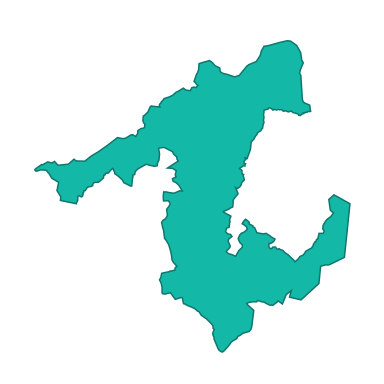 outline of Tafawa-Balewa, Bauchi, Nigeria, rotated 274°
{"feature_id": "59680162B48786148420785", "entity_name": "Tafawa-Balewa", "entity_type": "district", "adm_level": 2, "iso_a3": "NGA", "parent_name": "Nigeria", "parent_adm1": "Bauchi", "projection": "robinson", "projection_center": [9.578, 9.844], "detail": "fine", "context": "isolated", "style": "filled", "palette": "teal", "viewbox_px": 384, "rotation_deg": 274, "n_neighbors": 0, "source": "geoboundaries", "source_scale": "gbopen_adm2", "svg_char_len": 6045}
<svg xmlns="http://www.w3.org/2000/svg" viewBox="0 0 384 384"><g transform="rotate(274 192 192)"><path d="M285.6,163.4L283.2,157.6L281.2,156.4L279.7,155.1L278.1,154.4L277.3,153.5L275.6,153.4L274.6,154.0L274.8,146.5L275.1,145.8L274.2,144.4L268.7,142.4L265.1,139.2L264.4,138.1L259.8,138.0L257.4,139.1L256.6,140.2L253.0,140.1L252.3,139.1L251.7,136.7L249.5,133.7L247.1,133.7L245.7,133.4L244.5,132.4L243.4,132.0L244.9,129.1L244.9,127.5L241.1,122.1L240.8,121.0L240.4,119.3L241.1,113.9L232.4,104.1L225.7,95.9L220.9,89.0L215.3,83.0L214.9,74.2L216.5,72.0L211.5,67.1L211.1,66.5L209.3,56.5L212.9,52.7L211.1,50.2L212.0,46.1L208.7,40.9L208.9,40.1L204.2,34.3L203.2,33.6L202.4,34.3L201.9,35.0L202.1,36.2L203.5,39.4L203.6,44.0L203.4,45.3L201.3,47.0L201.3,47.5L195.9,51.2L192.4,58.3L184.0,57.2L177.9,61.5L174.4,61.3L172.2,77.5L173.1,77.5L175.6,78.6L179.0,78.4L179.9,78.8L180.5,79.6L179.7,81.0L179.4,82.1L180.0,83.0L182.3,83.6L183.4,83.2L184.2,84.0L185.7,84.0L185.9,85.4L189.0,87.1L189.9,88.2L190.3,90.5L191.5,92.6L192.8,92.4L194.0,93.2L194.8,94.2L195.0,95.6L195.1,97.9L199.7,102.7L202.6,102.8L202.8,103.9L204.4,104.5L204.9,105.0L204.8,106.7L205.3,107.5L207.6,108.9L208.8,110.1L210.1,111.1L209.8,111.7L207.7,112.6L206.4,113.5L204.9,113.6L203.4,116.2L202.3,117.8L199.0,121.8L196.6,123.2L193.6,130.4L193.8,131.5L201.9,131.7L202.6,132.1L204.8,131.8L205.4,133.6L208.5,134.0L211.4,136.6L216.5,144.4L215.7,147.8L215.0,152.7L215.8,155.5L218.6,155.6L221.4,156.8L227.6,157.0L233.3,155.6L234.5,160.5L234.1,162.2L230.7,170.0L228.8,170.7L226.0,174.3L223.5,174.8L222.0,176.2L214.2,165.9L214.2,171.2L212.1,174.8L208.1,174.1L206.4,174.7L205.9,175.1L203.9,171.5L201.4,172.4L200.4,174.8L200.4,175.2L197.7,178.5L192.3,182.2L192.3,179.5L189.6,174.3L189.7,170.3L190.3,166.1L190.1,163.7L185.6,163.6L181.1,164.2L181.6,169.1L179.1,171.0L178.8,171.1L176.1,170.0L173.0,167.9L166.8,169.1L163.3,167.3L161.6,164.9L159.3,163.8L153.8,165.5L151.8,166.3L143.6,167.9L142.8,169.0L137.9,172.4L133.7,174.0L130.8,175.0L127.1,176.0L122.9,176.8L120.3,178.5L116.9,182.1L115.4,180.7L114.7,180.4L112.8,180.4L111.3,175.0L110.8,174.5L110.2,172.1L108.8,167.4L104.6,166.9L102.1,165.7L99.1,167.5L94.7,168.8L89.1,169.2L88.3,170.2L88.3,172.3L90.0,177.5L83.7,182.8L86.0,188.3L85.8,189.7L80.0,191.3L79.7,193.0L78.4,195.5L77.7,198.0L75.8,203.0L73.7,205.6L73.1,207.3L69.6,209.9L66.4,215.4L61.7,220.7L60.0,222.3L57.5,222.5L56.5,223.7L52.5,222.5L50.3,223.1L48.5,224.2L47.0,224.2L37.8,228.8L36.4,229.7L35.1,231.4L34.4,233.1L35.1,234.5L38.2,237.0L41.2,239.3L44.9,241.6L46.4,243.2L47.9,245.6L48.7,246.5L49.8,247.4L51.1,247.6L52.3,249.9L53.9,251.8L54.5,252.1L56.9,258.9L59.2,260.4L61.9,261.0L78.2,261.9L83.2,255.5L84.7,254.4L85.9,256.8L86.8,260.9L86.9,264.2L88.4,264.9L87.2,269.9L87.2,271.5L85.9,274.1L84.6,277.4L84.7,280.7L88.7,285.2L89.4,285.5L86.6,290.0L96.2,293.1L100.6,297.9L93.9,296.6L92.0,308.3L109.6,325.0L126.9,325.5L128.6,330.3L128.7,332.8L129.2,334.4L137.4,348.6L191.3,350.4L199.1,333.8L194.1,329.0L183.6,331.2L180.8,334.6L177.0,332.0L173.9,328.4L170.1,326.1L167.8,325.1L164.3,325.0L162.0,326.6L160.2,326.0L159.9,325.6L159.6,321.6L153.8,320.7L153.5,319.7L151.1,318.8L150.8,318.1L148.1,316.7L146.9,316.7L145.9,315.8L144.8,315.6L141.0,309.8L136.9,307.4L135.2,304.2L132.5,302.5L129.6,299.7L130.9,298.5L136.0,292.4L138.1,288.8L139.5,287.3L140.0,287.0L140.9,283.7L141.5,283.0L140.8,280.8L141.6,280.0L142.9,279.3L142.7,276.4L141.7,275.9L140.8,274.5L142.0,272.7L146.0,272.3L146.2,273.9L146.8,275.1L148.3,276.9L150.8,278.1L152.7,274.1L153.7,273.0L155.4,269.7L155.9,269.0L155.2,265.7L155.9,259.4L156.8,259.1L160.7,257.0L161.8,254.9L162.6,254.9L164.1,251.4L166.1,251.0L168.6,247.4L166.2,245.4L163.8,244.3L163.1,245.9L161.0,248.9L158.6,249.7L156.1,247.3L154.6,245.0L154.5,244.3L152.6,242.7L148.7,241.3L146.5,242.3L144.7,243.5L142.7,245.9L140.2,245.9L136.7,242.7L130.9,240.0L132.4,236.1L133.0,232.7L134.7,230.4L135.0,230.3L139.2,233.6L141.1,233.9L143.0,232.7L143.5,232.6L145.5,231.4L147.7,231.9L148.3,232.8L150.4,235.0L152.3,233.5L152.7,230.9L153.6,229.4L154.8,228.3L158.1,228.9L158.7,229.6L159.3,231.4L160.9,231.6L162.9,231.6L165.5,232.0L166.5,231.3L170.6,232.5L174.2,224.6L174.4,224.6L174.9,224.9L177.6,230.2L178.6,231.2L179.9,233.7L184.6,233.8L185.1,233.5L187.8,234.1L193.5,238.1L199.4,235.2L198.5,236.8L200.2,239.1L201.7,240.2L205.1,241.1L206.2,241.8L206.7,242.8L207.9,243.4L211.6,242.0L213.1,242.3L213.4,240.8L214.9,240.5L216.9,240.4L217.6,239.6L218.5,237.7L219.2,238.1L220.4,240.0L221.7,241.1L221.6,243.0L222.9,243.0L223.9,243.5L224.4,242.0L225.9,241.7L227.1,242.2L228.1,243.5L229.1,243.1L230.1,241.9L229.3,244.7L238.4,247.3L246.0,247.6L249.5,250.3L251.8,251.2L253.9,252.8L255.3,253.1L257.0,255.0L257.8,256.3L259.6,257.1L260.3,257.9L263.7,258.2L266.5,259.0L267.7,258.5L269.5,258.4L271.4,258.6L274.6,257.9L275.7,258.2L278.6,258.1L280.1,262.1L280.4,262.4L281.0,262.4L281.4,263.0L281.3,263.8L280.4,266.1L279.8,266.3L279.4,267.0L279.4,267.3L280.0,267.8L280.0,268.9L279.7,270.7L280.4,272.7L280.1,273.4L280.4,275.2L280.2,275.9L279.3,277.0L279.0,277.7L279.1,278.4L279.5,278.8L279.5,279.8L278.7,282.1L278.7,282.7L278.9,283.7L279.6,284.6L279.7,285.1L279.1,286.3L278.6,286.6L278.1,287.5L278.0,289.2L277.2,292.1L276.8,292.9L276.1,293.0L275.8,294.5L276.0,294.9L277.4,296.0L277.5,296.7L277.9,297.4L278.0,298.1L278.3,298.1L278.7,297.7L279.1,298.8L279.0,299.3L279.4,299.7L279.5,301.1L279.8,301.5L280.2,301.5L280.4,302.1L280.4,303.7L280.7,304.7L286.9,303.3L288.4,298.9L289.6,296.7L292.3,295.6L316.0,292.4L317.8,291.1L321.2,291.5L328.6,294.0L331.1,292.3L338.6,290.7L345.5,286.2L349.4,279.8L349.6,276.6L347.4,269.4L343.4,258.1L342.4,253.7L337.7,251.4L333.0,250.5L326.6,247.0L322.9,239.6L322.2,239.0L321.6,238.1L311.6,231.0L309.8,226.5L311.9,218.4L312.5,214.7L313.3,212.9L314.1,211.8L317.7,211.0L319.6,206.2L322.5,203.3L324.3,200.4L322.6,195.4L320.6,190.1L314.1,190.0L310.9,189.0L309.4,188.2L302.3,186.3L301.5,187.6L299.8,189.0L298.9,190.5L296.6,188.8L296.7,186.2L295.9,184.4L293.0,183.4L293.2,178.9L295.0,176.1L291.8,171.6L290.2,168.9L287.1,165.9L286.3,164.4L285.6,163.4Z" fill="#14b8a6" stroke="#0f766e" stroke-width="1.5"/></g></svg>